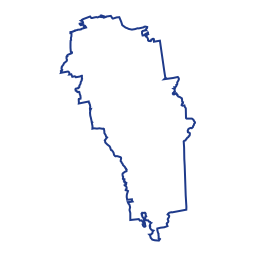 the district of Colonesti, Olt, Romania
{"feature_id": "2599482B35257867577433", "entity_name": "Colonesti", "entity_type": "district", "adm_level": 2, "iso_a3": "ROU", "parent_name": "Romania", "parent_adm1": "Olt", "projection": "mercator", "projection_center": [24.671, 44.623], "detail": "fine", "context": "isolated", "style": "outline", "palette": "blue", "viewbox_px": 256, "rotation_deg": 0, "n_neighbors": 0, "source": "geoboundaries", "source_scale": "gbopen_adm2", "svg_char_len": 5699}
<svg xmlns="http://www.w3.org/2000/svg" viewBox="0 0 256 256"><path d="M186.3,209.7L186.4,207.0L185.7,195.4L184.7,165.9L184.3,158.9L184.1,147.4L183.7,141.4L184.2,140.8L185.5,140.4L186.0,139.3L186.5,139.0L186.8,138.4L187.3,137.7L188.3,137.2L188.7,136.2L189.3,135.9L189.7,135.2L189.9,133.7L189.7,133.0L189.0,132.7L188.4,132.1L187.9,132.1L187.7,130.8L188.3,129.2L188.7,128.8L190.3,128.0L190.8,127.9L191.7,128.2L192.9,127.1L193.1,126.1L193.7,125.4L194.2,123.7L194.9,123.0L195.0,122.3L194.0,121.0L193.4,119.7L191.9,118.6L186.6,118.6L186.2,118.3L186.0,118.0L185.8,108.5L185.5,107.8L184.8,106.9L184.4,105.4L182.4,105.7L181.6,105.1L182.2,103.6L183.0,103.0L182.9,102.6L183.0,102.2L182.4,101.9L182.1,101.2L182.1,99.8L181.9,99.1L181.9,98.4L179.6,96.9L178.4,96.6L177.6,95.8L177.5,94.9L176.9,94.8L176.7,93.8L176.1,93.8L176.0,93.3L175.6,93.4L174.9,94.0L174.3,93.8L174.3,94.3L174.2,94.4L173.3,94.4L172.8,93.8L172.9,93.1L173.5,92.9L174.0,91.9L174.9,91.4L174.6,90.2L174.7,89.1L173.7,88.6L174.7,88.2L174.8,87.9L174.6,87.4L175.2,87.5L175.3,87.0L176.1,86.4L176.4,85.7L176.3,84.9L176.9,84.7L177.3,83.9L177.2,82.4L178.4,80.5L178.9,79.0L178.6,78.0L177.8,77.0L173.0,78.0L164.2,79.2L165.6,77.8L165.3,77.6L164.3,71.3L159.9,40.7L154.0,41.7L153.9,39.3L153.7,38.9L153.4,38.8L152.5,38.9L152.1,39.4L151.4,39.6L151.2,40.6L150.6,40.6L150.4,41.1L148.9,41.0L148.6,40.5L148.1,40.4L147.9,38.7L147.1,37.2L146.0,36.6L145.8,36.1L146.3,35.8L146.4,35.2L147.1,34.9L147.3,34.4L148.2,34.2L148.0,33.5L148.0,32.6L147.8,32.3L147.6,32.4L147.4,33.3L146.0,33.7L145.3,34.1L144.5,34.8L144.3,35.3L142.6,35.5L142.0,33.2L142.1,32.4L142.0,31.8L142.4,31.5L142.6,31.0L146.2,30.2L145.7,29.5L147.1,27.9L147.2,27.0L145.5,26.6L144.3,26.7L143.7,27.3L139.7,28.2L138.7,28.4L137.5,28.3L135.0,29.1L131.9,29.6L128.6,28.9L127.5,28.3L125.6,27.6L122.3,25.2L121.2,21.8L119.3,17.2L116.7,17.4L112.9,18.6L112.4,18.3L110.8,15.9L106.6,16.5L106.3,16.8L104.3,17.5L104.3,17.0L103.7,17.3L102.8,17.2L104.2,16.6L104.2,16.4L101.2,15.4L100.8,15.5L100.8,16.0L100.4,16.4L99.1,16.7L98.2,17.2L97.5,17.4L96.5,17.1L95.0,17.3L92.2,18.0L91.3,18.0L90.1,16.5L83.2,19.1L82.0,19.8L82.1,20.3L81.0,20.7L81.3,20.9L82.0,20.8L82.4,21.1L82.8,21.8L83.1,22.9L79.6,23.7L79.6,23.9L80.7,25.2L82.8,24.8L83.6,25.0L84.1,25.6L85.0,25.8L85.3,26.5L85.3,26.8L84.0,27.1L84.1,27.3L85.8,26.9L86.1,27.5L81.4,28.9L81.0,29.4L79.0,29.7L77.9,29.7L77.4,30.0L74.9,30.5L74.7,31.0L73.3,31.2L72.9,31.7L70.4,32.1L70.4,33.1L71.3,33.1L71.5,33.7L71.4,36.3L70.9,38.0L71.1,40.0L70.8,40.2L70.6,40.6L70.5,43.4L70.5,47.8L70.8,51.8L72.0,52.3L72.0,52.6L71.8,53.2L68.1,54.7L67.5,55.1L66.8,56.2L67.2,56.5L66.5,57.1L66.5,58.6L67.0,59.9L66.8,60.6L66.6,61.1L63.9,63.3L63.5,64.5L61.8,66.7L61.9,67.1L61.6,67.6L61.5,68.4L62.0,69.6L61.5,70.2L62.0,70.3L61.7,70.8L61.6,71.4L61.0,71.8L61.1,72.1L61.0,72.3L61.1,72.6L61.0,72.8L68.0,71.5L69.2,72.4L69.5,74.2L69.3,74.5L71.3,74.3L72.3,76.8L74.5,76.3L75.5,76.6L75.7,77.2L76.1,77.2L80.0,76.5L81.5,75.8L81.9,75.8L81.9,77.8L82.1,78.8L81.7,79.2L81.8,79.9L81.7,80.4L80.7,82.2L80.6,83.5L80.1,84.6L79.4,85.5L79.3,87.2L78.5,88.0L78.2,87.8L77.8,88.3L75.9,88.6L75.4,89.2L75.7,90.7L76.6,90.9L77.3,92.0L77.6,92.1L79.0,91.8L79.3,92.0L79.8,94.3L80.4,95.6L80.6,97.7L80.5,98.7L78.8,99.0L78.7,99.3L78.9,102.8L78.8,103.5L88.7,101.5L88.9,102.7L89.4,103.1L89.4,103.6L89.9,104.7L90.3,107.0L89.9,108.2L90.0,109.4L90.8,109.2L90.5,109.9L90.1,110.4L90.2,111.3L90.0,112.8L90.3,115.8L90.8,117.6L91.7,121.7L92.0,122.0L91.7,122.1L92.5,126.3L92.4,128.7L94.0,128.3L97.0,128.6L99.5,128.3L102.5,128.8L103.2,128.6L103.9,128.9L104.3,131.0L104.4,133.1L105.7,135.2L106.1,136.7L107.1,137.4L104.8,140.3L105.1,140.7L105.1,141.3L105.3,142.5L107.3,144.5L109.5,146.2L110.2,147.4L110.5,148.7L111.1,150.1L112.0,150.4L113.2,152.1L113.6,152.9L114.0,154.8L115.1,156.1L115.5,156.3L116.9,156.1L117.8,156.3L120.6,157.2L121.0,157.7L121.1,158.5L120.7,160.4L120.7,161.2L121.3,161.7L121.7,162.8L122.5,163.6L122.9,164.9L125.0,167.1L125.4,168.1L126.1,168.6L126.1,169.4L126.6,169.7L126.5,170.1L126.6,170.9L126.5,171.2L124.9,171.8L122.9,173.3L122.6,173.7L122.5,174.7L122.7,176.1L123.1,176.5L123.1,177.8L122.9,178.4L122.9,178.9L123.5,179.4L124.1,179.3L124.0,179.7L124.4,179.8L124.3,180.6L124.5,181.0L124.2,181.2L124.6,181.6L124.4,181.9L124.8,182.1L125.1,181.9L125.5,182.3L125.3,182.8L126.3,182.9L126.1,184.4L124.6,185.2L124.8,185.5L125.9,186.1L126.6,187.3L126.6,188.6L126.3,189.1L126.2,189.5L125.8,189.5L125.7,190.2L127.4,190.6L128.0,191.0L127.1,193.7L126.8,195.0L126.7,197.0L127.2,199.8L131.9,199.3L132.0,200.6L132.6,201.5L129.8,202.0L127.8,202.1L128.5,203.7L129.4,204.6L130.1,207.2L129.5,210.0L130.3,213.0L130.3,220.0L138.8,219.1L139.8,220.6L141.5,220.4L141.8,220.7L143.4,222.7L143.4,223.9L142.6,224.3L143.1,225.8L144.2,226.8L145.1,226.6L145.5,226.1L145.1,224.8L144.9,223.1L143.7,219.1L143.7,218.4L142.4,216.8L142.1,215.9L142.2,215.1L142.1,214.7L141.8,214.7L141.8,214.3L141.5,213.8L142.1,212.8L144.6,212.9L144.9,212.7L145.2,212.9L145.7,213.7L145.6,214.9L146.2,216.4L145.4,216.7L145.2,218.5L145.4,219.8L146.6,220.3L148.2,220.4L148.9,221.6L150.2,222.0L150.8,222.9L151.1,223.0L150.4,223.6L149.9,225.1L150.0,225.6L150.2,225.9L150.2,226.4L149.8,226.4L150.2,228.3L151.2,229.6L152.1,230.2L153.5,230.6L152.6,231.7L152.4,233.2L151.1,234.4L149.4,234.6L149.9,235.1L150.2,235.9L150.7,237.8L151.5,238.6L152.1,239.5L153.2,239.9L154.9,240.3L158.9,240.6L160.0,239.0L159.8,238.8L158.9,238.7L158.6,238.4L158.7,236.3L158.4,234.9L158.6,233.9L158.0,232.8L157.3,230.1L157.3,228.5L160.6,227.7L164.2,227.3L167.5,226.1L166.7,223.7L166.9,223.2L167.9,222.4L168.3,221.6L168.3,220.8L167.7,219.2L168.1,218.3L168.8,217.6L169.2,216.2L169.2,215.9L168.6,215.0L167.6,214.5L168.0,213.8L169.2,212.8L170.5,212.4L171.5,212.2L171.9,212.4L186.3,209.7Z" fill="none" stroke="#1e3a8a" stroke-width="2"/></svg>